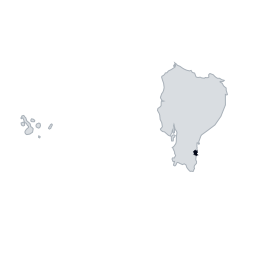 Paquisha, Zamora Chinchipe, Ecuador shown in context, rotated 349°
{"feature_id": "8360857B20282725655414", "entity_name": "Paquisha", "entity_type": "district", "adm_level": 2, "iso_a3": "ECU", "parent_name": "Ecuador", "parent_adm1": "Zamora Chinchipe", "projection": "equal_earth", "projection_center": [-78.572, -3.961], "detail": "fine", "context": "in_parent", "style": "filled", "palette": "ink", "viewbox_px": 256, "rotation_deg": 349, "n_neighbors": 0, "source": "geoboundaries", "source_scale": "gbopen_adm2", "svg_char_len": 4607}
<svg xmlns="http://www.w3.org/2000/svg" viewBox="0 0 256 256"><g transform="rotate(349 128 128)"><path d="M231.6,99.6L230.9,100.2L229.2,100.5L227.8,99.9L227.3,99.9L227.2,100.5L229.0,102.1L229.8,104.8L231.1,106.5L231.9,107.3L231.9,107.9L231.7,109.0L231.6,109.9L232.0,114.1L231.8,114.3L230.8,114.3L230.0,113.6L228.0,124.0L221.4,134.3L213.9,141.6L205.3,145.8L198.9,148.8L197.9,149.9L194.8,155.1L194.7,155.6L195.1,156.5L195.1,157.0L194.7,157.4L194.3,157.4L194.1,157.1L194.0,156.5L193.6,155.9L193.1,155.7L192.8,155.9L192.8,156.4L192.1,159.2L192.1,160.6L191.8,161.1L191.8,162.3L191.2,163.5L190.7,165.3L190.2,165.9L189.5,168.8L188.5,171.7L188.5,172.7L188.8,173.4L188.9,174.0L188.5,175.7L186.2,177.5L185.7,178.3L185.4,179.3L185.6,180.1L185.5,180.8L184.8,181.1L184.1,182.7L183.5,183.1L182.1,182.5L181.1,182.5L180.3,182.0L178.7,179.2L178.1,177.6L177.9,175.4L176.4,173.9L174.4,174.3L173.8,173.8L172.3,172.8L171.0,171.7L170.0,171.2L169.3,171.5L168.1,173.3L167.0,174.1L166.4,174.0L165.8,173.5L165.6,172.9L167.3,169.7L166.1,169.7L165.6,169.0L165.6,168.2L165.3,167.3L165.6,166.3L166.3,165.8L167.3,166.2L168.0,166.2L168.4,165.3L169.3,164.5L169.5,164.1L169.1,162.5L168.9,161.7L169.1,161.2L169.0,159.5L168.7,158.9L168.7,158.0L168.4,157.5L168.3,156.3L167.7,155.7L169.8,154.6L170.5,153.8L171.5,153.0L172.3,151.8L172.8,150.6L174.0,145.3L175.2,141.9L175.0,140.3L174.0,138.1L173.8,134.9L173.9,133.9L173.8,133.1L173.1,134.5L173.3,139.2L172.7,141.4L171.9,141.9L171.4,141.5L171.7,138.0L171.1,138.7L170.2,141.0L168.6,142.8L168.6,143.3L168.2,144.1L167.0,143.4L166.1,142.7L163.1,138.8L161.2,138.0L160.0,136.6L159.7,136.0L159.6,135.2L160.8,134.4L162.0,133.3L162.1,130.9L162.1,129.0L161.2,125.7L161.6,121.5L161.4,119.8L160.3,116.3L161.1,114.5L163.9,113.2L164.8,112.3L165.4,109.5L166.0,107.8L167.2,108.5L168.2,108.4L166.9,107.8L165.8,105.3L165.7,104.1L167.7,100.7L168.8,99.8L170.1,97.9L171.2,95.2L171.5,90.8L171.0,87.7L170.7,84.4L171.3,83.6L173.0,83.1L174.4,82.1L175.1,81.1L176.7,81.2L178.6,79.7L181.6,78.9L185.7,77.2L186.7,75.7L186.3,72.9L187.8,74.6L188.5,75.9L190.7,77.3L193.2,79.9L194.9,81.3L196.7,82.5L199.3,83.7L200.9,83.5L201.6,85.5L202.2,86.0L203.7,86.7L203.9,86.9L204.5,90.6L204.8,91.1L206.1,91.7L207.7,91.9L208.4,91.8L209.8,92.8L212.0,93.6L212.8,93.7L213.2,93.5L213.3,93.2L213.9,93.2L214.9,93.7L216.3,93.8L217.1,93.4L217.3,91.3L217.6,90.9L218.6,90.2L219.1,90.3L221.7,91.9L222.2,92.5L222.8,93.6L224.1,95.2L225.4,96.3L227.4,96.7L229.3,98.5L231.6,99.6ZM28.8,97.4L29.6,98.5L30.0,101.6L32.6,104.9L32.9,106.8L32.7,107.7L32.8,108.0L34.0,109.3L34.8,110.7L33.5,113.9L30.6,115.2L27.5,115.2L26.9,114.9L26.1,113.6L26.0,112.5L26.4,111.5L28.0,109.9L30.4,108.5L30.7,107.4L29.8,106.3L29.1,104.2L27.6,102.7L26.8,98.2L26.3,98.0L25.3,98.6L24.8,98.1L24.7,97.8L25.8,96.8L26.0,96.0L27.7,95.7L28.4,96.3L28.8,97.4ZM40.7,111.0L40.0,111.0L38.1,109.4L38.2,107.8L39.0,106.7L41.5,106.1L42.6,107.1L42.5,109.1L41.6,110.5L40.9,110.8L40.7,111.0ZM170.1,148.6L169.9,149.3L168.7,149.2L168.3,149.0L168.6,145.9L169.0,144.9L170.0,143.9L170.8,143.4L171.8,143.5L173.0,144.4L171.6,146.0L170.6,146.4L170.1,148.6ZM26.8,105.7L25.6,106.0L24.5,105.4L24.0,104.5L24.0,103.1L24.0,102.7L26.4,102.2L27.2,103.3L27.2,105.0L26.8,105.7ZM52.3,113.4L50.8,114.1L50.0,113.4L49.9,113.0L50.7,111.9L51.5,111.4L52.3,110.2L53.6,109.4L54.0,109.6L54.2,109.9L54.3,110.3L53.9,111.3L53.1,111.9L52.3,113.4ZM37.7,103.5L37.1,104.0L34.7,103.4L33.9,102.5L34.5,101.1L35.0,100.6L36.5,101.1L37.9,102.6L37.7,103.5ZM39.6,120.7L39.1,120.8L38.4,120.0L38.9,118.7L39.9,119.4L40.1,119.9L39.6,120.7ZM185.6,76.4L184.9,76.5L184.6,75.7L185.4,74.8L185.7,74.6L185.6,76.4Z" fill="#d9dde1" stroke="#a8b0b8" stroke-width="1"/><path d="M188.7,166.0L188.8,166.0L188.8,165.9L188.8,166.0L188.7,166.1L188.8,166.1L188.8,166.3L188.9,166.5L188.9,166.8L189.0,166.8L189.2,167.0L189.3,167.0L189.5,167.2L189.8,167.3L190.0,167.4L190.0,167.5L190.2,167.4L190.3,167.4L190.2,167.3L190.2,167.2L190.0,166.9L189.9,166.9L190.0,166.9L189.9,166.8L189.9,166.7L190.0,166.7L190.0,166.4L190.0,166.2L190.1,165.9L190.2,165.7L190.3,165.7L190.4,165.4L190.5,165.2L190.8,165.0L191.0,165.0L191.0,164.9L191.1,164.7L191.1,164.4L191.0,164.2L191.1,163.9L190.5,163.9L190.4,163.9L190.4,164.0L190.2,164.2L190.2,163.9L190.0,163.7L189.9,163.7L190.0,163.7L189.9,163.7L189.9,163.8L189.7,163.9L189.7,163.7L189.6,163.8L189.5,164.0L189.4,164.0L189.2,164.1L189.2,163.9L189.0,163.7L188.9,163.5L188.7,163.7L188.6,163.8L188.4,163.9L188.5,164.0L188.4,164.2L188.5,164.3L188.5,164.5L188.4,164.7L188.4,164.8L188.5,164.9L188.6,165.0L188.5,165.3L188.6,165.5L188.6,165.8L188.8,165.8L188.7,165.8L188.7,166.0L188.7,166.0Z" fill="#0f172a" stroke="#020617" stroke-width="1.5"/></g></svg>